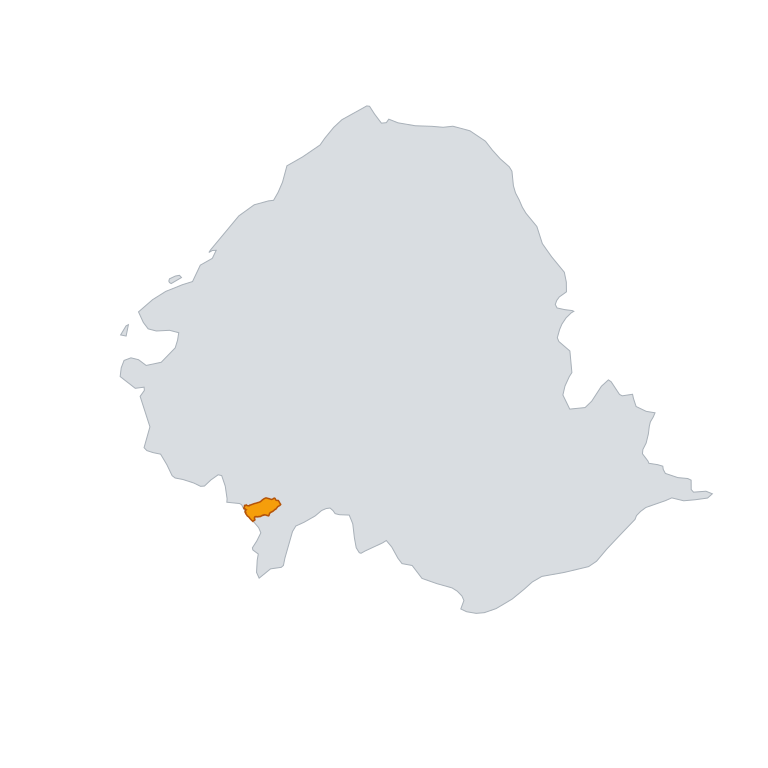 location of Kampong Trabaek, Prey Vêng, Cambodia, rotated 63°
{"feature_id": "14789045B10100754303768", "entity_name": "Kampong Trabaek", "entity_type": "district", "adm_level": 2, "iso_a3": "KHM", "parent_name": "Cambodia", "parent_adm1": "Prey Vêng", "projection": "natural_earth1", "projection_center": [105.549, 11.105], "detail": "fine", "context": "in_parent", "style": "filled", "palette": "amber", "viewbox_px": 768, "rotation_deg": 63, "n_neighbors": 0, "source": "geoboundaries", "source_scale": "gbopen_adm2", "svg_char_len": 6966}
<svg xmlns="http://www.w3.org/2000/svg" viewBox="0 0 768 768"><g transform="rotate(63 384 384)"><path d="M630.9,141.3L632.5,147.5L628.4,159.3L624.1,170.0L616.1,179.3L615.7,186.2L612.9,206.7L614.0,213.2L615.9,218.8L618.6,221.8L625.6,241.9L632.1,260.1L638.4,275.1L639.6,284.6L633.8,308.6L627.1,330.7L627.7,341.7L630.6,352.7L633.8,367.4L635.0,386.1L633.3,398.4L630.2,406.0L624.4,413.8L619.3,417.7L613.2,411.1L608.3,410.8L601.8,412.8L596.6,415.9L586.1,427.3L574.5,438.4L558.5,441.3L552.2,449.5L545.5,450.7L532.8,451.1L524.5,453.0L524.9,457.2L524.2,476.8L524.4,481.3L523.1,482.6L517.3,483.1L507.6,480.2L494.4,475.3L485.0,474.5L480.2,483.1L477.3,486.4L473.7,486.9L470.0,488.4L468.7,492.2L468.4,497.0L470.3,505.2L470.9,518.1L470.5,527.0L473.9,532.5L494.1,551.3L500.0,556.0L500.7,558.8L497.2,569.0L500.3,583.4L494.0,583.1L483.5,577.0L478.4,573.2L472.3,576.2L470.2,575.6L466.1,568.6L460.7,561.3L455.1,560.9L443.4,563.7L431.4,565.7L426.8,565.7L424.9,567.0L418.0,577.7L415.0,575.9L402.9,571.8L391.9,570.2L389.6,573.0L390.9,581.8L393.4,590.3L391.9,593.9L385.9,598.4L377.8,606.5L372.9,612.8L369.5,614.4L357.3,614.1L345.1,614.9L340.3,620.9L335.7,625.5L331.8,626.7L315.9,612.0L284.3,606.9L280.9,600.4L277.9,599.2L274.9,607.6L257.6,615.7L250.3,610.8L245.0,604.9L245.8,597.6L250.9,591.7L259.5,587.5L263.5,572.6L257.0,553.6L251.2,548.0L245.1,543.6L238.8,550.7L233.4,562.8L227.8,569.1L219.9,570.5L208.3,570.0L203.8,551.9L202.4,536.4L204.0,518.6L205.8,508.1L194.7,493.7L194.1,479.9L188.7,472.8L187.1,476.4L187.3,480.3L185.7,477.5L168.3,437.0L165.4,418.3L168.4,403.8L170.2,399.0L165.2,391.4L158.1,382.8L145.5,371.4L144.7,353.5L142.0,332.4L138.2,325.3L132.5,312.3L129.4,301.5L128.4,273.1L130.0,270.8L139.0,269.9L150.4,267.9L152.2,263.3L150.2,259.5L157.6,253.0L168.1,238.9L176.3,224.1L182.1,214.8L185.6,205.6L197.4,192.5L213.7,183.4L224.7,181.3L236.2,178.2L247.3,173.8L252.5,173.4L266.1,178.7L273.5,180.1L281.3,180.0L289.3,180.5L296.3,180.0L313.1,176.3L330.8,179.2L346.7,176.9L366.3,172.6L376.0,175.3L384.7,179.6L386.0,188.3L388.0,192.2L390.9,195.3L394.8,195.3L399.8,189.2L404.0,183.0L405.4,181.9L405.6,184.9L407.7,191.7L411.4,198.3L415.2,202.8L421.5,208.6L425.6,208.9L439.0,203.4L459.1,211.4L461.5,215.5L468.0,223.7L475.0,229.6L490.7,229.9L496.3,215.5L493.6,206.7L484.7,191.3L482.2,182.2L485.1,180.6L500.2,178.9L502.7,177.1L506.0,167.2L510.1,168.3L518.5,169.6L527.4,162.8L532.7,155.6L535.5,158.9L538.7,163.9L542.1,166.8L548.5,171.1L555.6,177.2L559.9,183.1L563.5,185.4L572.5,183.8L574.9,184.0L580.1,176.8L583.8,172.9L586.9,174.0L591.4,173.9L600.8,164.7L606.1,156.3L609.1,154.0L617.5,158.2L620.9,157.3L625.7,145.8L630.9,141.3ZM197.9,528.0L196.2,529.1L194.6,529.0L192.9,527.4L193.1,520.9L194.3,516.9L197.2,516.1L197.9,528.0ZM224.2,592.0L220.7,596.4L215.1,587.4L215.1,584.8L224.2,592.0Z" fill="#d9dde1" stroke="#a8b0b8" stroke-width="1"/><path d="M432.1,540.6L432.0,540.8L431.9,541.1L431.8,541.3L431.8,541.5L431.8,541.8L431.8,542.0L431.8,542.5L431.8,542.9L431.8,543.1L431.8,543.6L431.9,543.9L432.0,544.2L432.0,544.5L432.0,544.9L432.1,545.3L432.3,545.8L432.5,546.6L432.6,547.0L432.7,547.3L432.7,547.6L432.7,548.1L432.7,548.5L432.7,548.9L432.6,549.3L432.5,549.7L432.4,550.1L432.3,550.6L432.3,550.9L432.2,551.6L432.1,551.9L432.1,552.2L432.0,552.6L431.9,552.9L431.8,553.3L431.7,553.7L431.6,554.2L431.6,554.7L431.5,555.2L431.5,555.7L431.4,556.2L431.3,556.9L431.3,557.2L431.3,557.4L431.2,557.7L431.2,557.9L431.1,558.1L431.2,558.3L431.0,558.6L431.1,558.8L431.2,559.0L431.3,559.3L431.3,559.5L431.1,559.8L431.0,560.0L430.9,560.1L430.9,560.4L430.8,560.5L430.7,560.6L430.4,560.8L430.2,561.0L430.0,561.3L429.9,561.4L429.8,561.5L429.7,561.5L429.4,561.6L429.5,561.7L429.4,561.8L429.3,562.0L429.2,562.2L429.2,562.4L429.2,562.6L429.1,562.8L429.0,563.0L428.9,563.1L428.9,563.3L429.0,563.3L429.3,563.2L429.4,563.3L429.5,563.3L429.6,563.5L429.7,563.8L429.8,563.9L430.0,564.0L430.2,564.3L430.2,564.5L430.3,564.6L430.8,564.9L430.8,565.0L431.0,565.0L431.2,565.3L431.3,565.3L431.4,565.2L431.5,565.2L431.8,565.1L431.8,564.9L432.0,564.7L432.3,564.5L432.5,564.3L432.6,564.2L432.8,564.3L433.0,564.4L433.3,564.3L433.4,564.2L433.4,564.3L433.5,564.4L433.8,564.5L434.0,564.8L434.3,565.0L434.3,565.3L434.3,565.6L434.5,565.7L434.8,565.8L435.1,565.9L435.3,566.0L435.5,566.0L435.6,565.8L435.7,565.6L435.8,565.5L436.0,565.6L436.3,565.9L436.6,566.0L436.9,566.0L437.2,566.0L437.5,565.9L438.1,565.8L438.4,565.8L439.0,565.7L439.5,565.7L439.8,565.5L440.3,565.3L440.5,565.1L441.0,564.9L441.5,564.8L441.8,564.7L442.1,564.6L442.3,564.6L442.9,564.5L443.1,564.5L443.3,564.4L443.9,564.2L444.5,564.1L445.3,563.8L445.7,563.7L446.0,563.5L446.7,563.3L446.9,563.2L446.7,562.9L446.6,562.7L446.5,562.4L446.4,562.2L446.5,562.1L446.7,561.8L446.7,561.5L446.7,561.4L446.7,561.1L446.4,560.7L446.2,560.7L445.9,560.5L445.6,560.5L445.3,560.5L445.0,560.5L444.8,560.3L444.7,560.2L444.3,560.2L444.2,560.1L444.1,559.9L444.0,559.7L443.9,559.6L443.7,559.4L443.7,559.1L443.9,558.8L443.9,558.7L444.0,558.7L444.1,558.4L444.3,558.3L444.3,558.2L444.3,557.9L444.3,557.7L444.5,557.6L444.7,557.4L444.7,557.2L444.8,557.0L444.9,556.9L445.0,556.9L445.2,556.7L445.2,556.4L445.2,556.1L445.2,555.7L445.3,555.7L445.5,555.5L445.5,555.3L445.6,555.2L445.7,554.9L445.8,554.7L445.9,554.4L446.0,554.3L446.0,554.2L445.9,554.1L445.9,553.9L446.0,553.8L446.0,553.7L445.9,553.5L445.9,553.4L445.8,553.2L445.8,552.9L445.9,552.7L446.0,552.6L445.9,552.4L445.8,552.2L445.8,551.9L445.9,551.7L446.0,551.6L446.1,551.4L445.9,551.3L445.9,551.2L446.0,550.9L446.2,550.6L446.2,550.4L446.3,550.4L446.3,550.1L446.2,550.0L446.3,549.9L446.4,549.7L446.6,549.7L446.7,549.4L446.8,549.3L446.8,549.2L446.9,548.9L447.0,548.8L447.2,548.7L447.3,548.5L447.6,548.3L447.7,548.2L448.1,547.9L448.2,547.7L448.3,547.7L448.4,547.4L448.5,547.3L448.6,547.2L448.8,547.0L448.9,546.9L449.0,546.8L449.1,546.6L449.0,546.4L448.9,546.3L448.9,546.2L448.7,546.0L448.5,545.9L448.4,545.8L448.4,545.7L448.1,545.5L448.0,545.3L447.9,545.2L447.7,545.0L447.5,544.9L447.4,544.7L447.3,544.3L447.2,544.3L447.2,544.2L447.1,543.9L447.1,543.7L447.0,543.4L447.0,543.2L446.9,543.1L446.9,542.8L446.9,542.7L447.0,542.5L447.0,542.4L446.9,542.3L446.9,542.2L447.0,542.1L446.9,541.9L446.9,541.7L447.0,541.5L447.0,541.4L447.0,541.1L446.9,540.8L446.9,540.7L446.8,540.3L446.9,540.1L446.8,539.9L446.7,539.7L446.6,539.3L446.6,539.2L446.4,538.7L446.4,538.3L446.4,538.2L446.2,537.9L446.3,537.7L446.5,537.4L446.4,537.2L446.1,536.6L445.9,536.2L445.7,535.7L445.5,535.2L445.2,534.7L445.1,534.4L445.0,533.8L445.0,532.9L444.9,532.1L444.9,531.8L444.7,531.5L444.6,531.3L444.6,531.1L444.4,530.7L444.2,530.7L443.6,530.8L443.0,530.9L442.4,530.9L441.9,530.9L441.4,530.9L440.7,531.0L440.3,531.0L440.0,531.0L439.9,531.0L439.7,531.3L439.4,531.7L439.1,532.3L438.8,532.7L438.5,532.9L438.2,533.0L437.7,533.1L437.2,533.0L436.8,533.0L436.3,533.1L435.9,533.5L435.8,534.0L435.9,534.5L436.0,535.4L435.9,536.3L435.8,536.6L435.7,536.7L435.6,536.9L434.8,537.7L434.0,538.4L433.7,538.9L433.2,539.3L433.1,539.5L432.1,540.6Z" fill="#f59e0b" stroke="#b45309" stroke-width="1.5"/></g></svg>